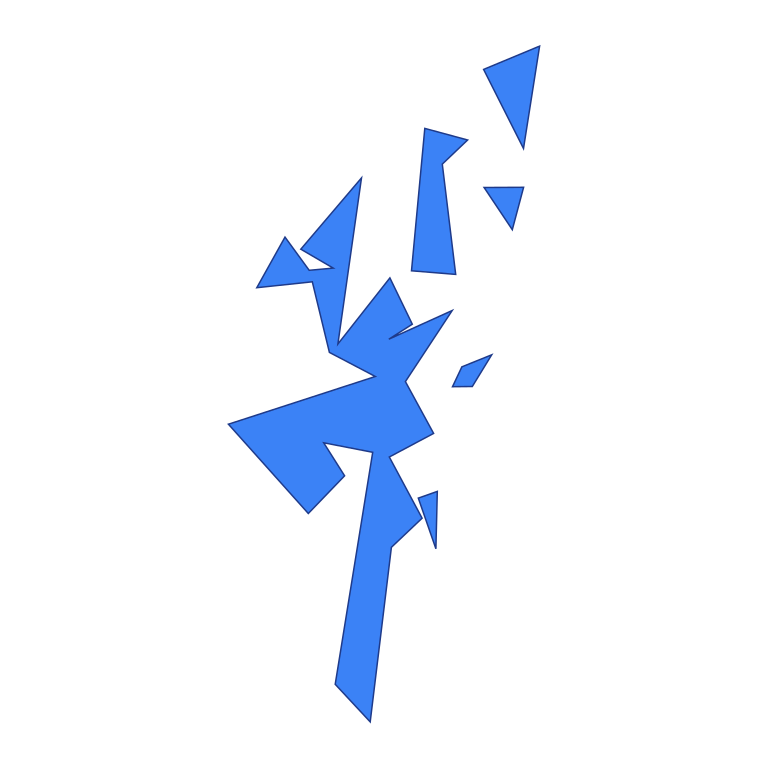 an SVG outline of Shetland Islands
{"feature_id": "GBR-2747", "entity_name": "Shetland Islands", "entity_type": "Unitary District (city)", "adm_level": 1, "iso_a3": "GBR", "parent_name": "United Kingdom", "parent_adm1": "", "projection": "albers", "projection_center": [-1.232, 60.181], "detail": "coarse", "context": "isolated", "style": "filled", "palette": "blue", "viewbox_px": 768, "rotation_deg": 0, "n_neighbors": 0, "source": "natural_earth", "source_scale": "10m", "svg_char_len": 735}
<svg xmlns="http://www.w3.org/2000/svg" viewBox="0 0 768 768"><path d="M388.8,339.2L452.2,310.5L405.4,381.6L433.6,433.4L389.3,457.0L422.1,518.2L391.4,547.3L370.2,721.9L335.2,684.3L372.7,452.3L323.7,442.8L344.6,475.8L308.3,513.5L228.4,424.2L375.3,376.5L329.4,352.4L312.3,281.8L256.8,287.7L285.0,237.1L309.2,270.3L333.2,268.1L300.8,249.2L361.5,177.9L337.9,344.0L389.9,277.9L412.3,324.2L388.8,339.2ZM467.6,140.0L442.3,164.1L455.7,274.4L411.5,270.8L424.8,128.4L467.6,140.0ZM523.5,148.5L483.6,69.4L539.6,46.1L523.5,148.5ZM523.6,187.3L512.3,229.7L484.1,187.5L523.6,187.3ZM437.3,491.4L435.9,548.8L418.3,498.1L437.3,491.4ZM491.7,354.8L472.3,386.5L452.5,386.7L461.9,366.8L491.7,354.8Z" fill="#3b82f6" stroke="#1e3a8a" stroke-width="1.5"/></svg>